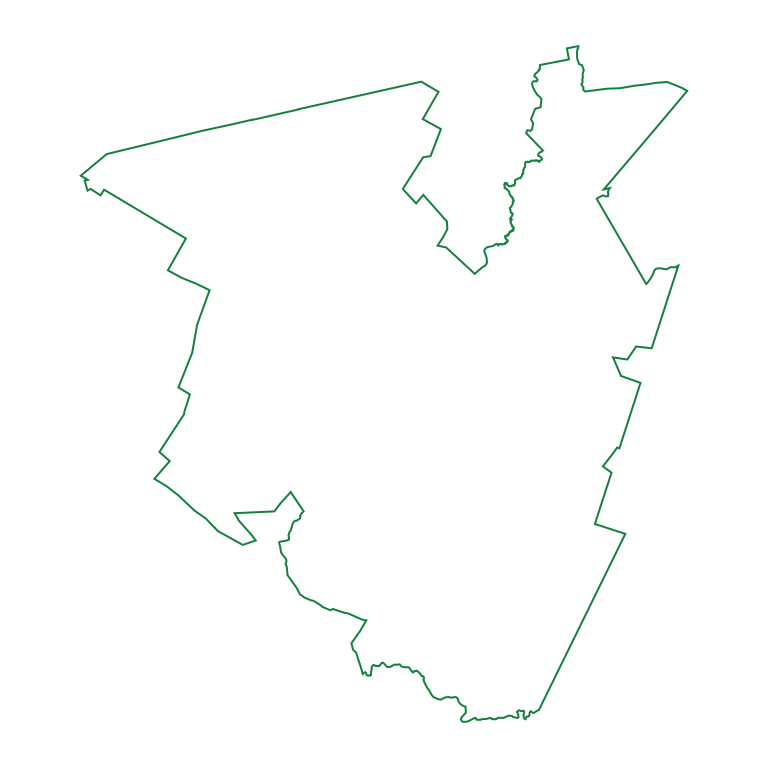 the district of Frances Baard, Northern Cape, South Africa
{"feature_id": "47623444B47551800403987", "entity_name": "Frances Baard", "entity_type": "district", "adm_level": 2, "iso_a3": "ZAF", "parent_name": "South Africa", "parent_adm1": "Northern Cape", "projection": "orthographic", "projection_center": [24.486, -28.328], "detail": "fine", "context": "isolated", "style": "outline", "palette": "green", "viewbox_px": 768, "rotation_deg": 0, "n_neighbors": 0, "source": "geoboundaries", "source_scale": "gbopen_adm2", "svg_char_len": 6060}
<svg xmlns="http://www.w3.org/2000/svg" viewBox="0 0 768 768"><path d="M421.3,81.7L299.0,109.1L299.1,109.3L252.0,120.0L252.1,119.7L235.4,123.6L203.6,130.5L106.7,154.1L80.8,175.7L87.7,179.9L84.7,180.6L87.5,190.6L90.6,188.9L100.6,195.4L104.1,189.7L185.9,238.5L167.9,270.3L181.6,277.8L195.9,283.6L209.6,290.2L197.1,324.8L192.2,352.7L178.4,387.5L189.9,394.4L184.3,412.0L184.1,414.2L159.4,452.0L169.7,461.1L154.4,478.8L166.8,486.4L178.3,495.3L194.5,510.6L205.8,518.5L217.9,531.1L242.8,544.9L255.7,540.5L252.1,535.6L239.1,520.9L234.6,513.2L274.3,511.4L280.5,503.3L290.7,492.0L303.6,511.3L301.4,513.6L300.0,515.8L300.3,516.8L300.1,518.3L296.9,520.6L294.8,520.9L293.6,522.0L292.8,523.2L291.1,529.5L290.6,530.8L289.5,532.0L289.1,533.3L288.5,535.6L289.1,538.6L288.9,539.6L286.6,540.6L279.9,541.8L279.2,542.3L279.2,543.8L280.0,545.6L281.1,552.5L282.6,555.0L285.7,558.4L286.4,560.2L286.3,562.3L285.5,563.5L286.9,567.3L287.5,575.1L296.8,588.1L300.0,594.4L304.6,597.7L311.6,600.5L313.3,600.7L320.9,605.4L322.2,606.8L330.2,610.2L332.9,609.0L344.2,612.7L348.4,613.5L361.5,619.4L364.3,620.2L366.3,620.4L360.1,631.0L351.4,643.3L353.0,649.4L353.4,650.3L356.0,652.4L360.6,666.5L362.7,673.9L363.9,672.7L365.4,672.2L366.1,672.9L366.5,674.6L367.5,675.6L368.4,675.7L369.3,675.2L370.4,675.6L371.0,674.8L371.0,672.0L371.7,669.3L371.6,667.4L372.9,665.2L373.7,664.8L375.8,666.0L378.8,666.1L379.6,665.6L381.7,663.0L382.5,662.6L383.6,663.1L386.8,666.6L387.8,667.1L390.8,666.7L394.2,664.6L396.5,664.8L399.6,664.3L401.6,666.6L405.5,667.3L408.0,667.2L408.9,667.5L412.9,672.5L413.8,672.0L414.7,670.9L416.1,671.1L416.7,670.8L417.2,670.9L420.3,673.8L421.6,676.0L423.2,676.4L423.6,676.8L424.0,677.9L423.5,679.6L424.4,682.5L427.3,687.9L429.3,690.6L431.4,694.6L433.4,697.0L437.9,699.1L440.2,699.6L441.2,699.4L444.7,697.6L447.0,697.1L449.2,697.1L451.1,697.7L455.3,697.0L456.5,697.4L457.7,698.6L458.4,701.4L460.4,704.0L462.6,705.6L465.6,706.7L465.5,708.0L465.9,711.7L465.6,713.0L462.2,716.5L460.9,718.9L461.5,720.7L463.0,721.9L465.0,721.9L468.2,721.3L474.8,717.9L475.9,718.2L476.5,719.6L477.0,719.8L480.3,719.8L482.6,719.1L485.7,719.0L489.7,718.1L491.0,718.1L491.3,718.6L492.6,719.2L493.5,719.0L494.5,719.4L496.0,719.1L498.7,717.7L503.5,717.9L508.1,715.9L510.4,715.7L512.0,716.0L513.0,716.9L517.7,718.0L518.4,717.4L518.5,715.6L517.0,712.0L518.2,710.6L519.1,710.3L521.2,711.2L523.0,710.7L523.9,711.0L524.2,712.2L523.6,714.1L523.6,716.7L524.4,718.7L525.5,719.2L526.3,717.0L526.8,716.6L528.3,716.6L529.2,715.6L529.5,715.0L529.5,713.0L530.4,711.3L531.0,711.3L531.8,712.1L533.5,713.1L537.6,710.5L538.8,710.2L625.3,533.9L594.9,524.0L611.5,472.7L602.9,466.4L613.4,452.9L617.2,447.5L619.4,448.3L640.5,382.9L621.1,376.0L613.0,357.4L627.3,359.5L636.2,346.5L651.7,348.3L678.3,265.6L675.0,267.4L670.7,267.1L666.4,269.4L660.4,268.3L657.9,268.3L655.7,269.0L654.1,270.9L652.9,274.5L649.9,279.5L647.1,283.3L646.2,284.0L596.7,198.8L598.9,197.3L603.2,195.3L605.7,196.4L608.1,196.1L608.2,193.7L609.1,194.2L607.9,193.1L608.0,191.7L608.8,189.4L609.8,188.1L603.8,189.4L653.8,130.6L687.2,90.9L681.8,87.8L667.3,82.0L656.4,82.8L644.1,84.7L635.2,85.6L620.1,88.2L607.2,88.7L585.1,91.5L583.3,89.8L583.1,89.2L583.5,88.0L583.4,87.4L581.4,84.6L581.4,84.1L582.2,83.2L582.5,82.2L582.6,81.1L582.1,79.8L582.8,78.2L582.7,73.5L583.8,70.2L582.1,65.4L579.2,64.1L577.4,59.3L576.9,56.2L577.2,54.2L576.8,52.5L577.5,49.0L578.2,48.2L578.3,46.1L566.9,48.4L569.0,59.4L540.1,65.0L539.8,65.5L540.0,66.2L539.8,67.8L539.9,69.1L539.3,69.3L538.8,70.5L538.3,70.7L537.4,72.2L535.5,73.6L534.3,75.1L534.5,76.1L536.9,78.5L537.5,79.6L537.5,80.5L536.4,81.4L535.5,81.1L534.9,81.4L534.1,81.2L532.7,81.8L532.0,83.8L533.0,87.5L535.5,92.2L537.5,95.0L539.9,97.0L541.4,99.1L540.6,107.2L535.1,108.9L531.0,119.3L533.2,123.2L532.1,129.3L530.5,130.9L527.4,130.2L526.1,133.1L542.9,150.5L542.3,150.8L541.9,151.5L539.4,152.6L538.2,154.4L538.3,155.6L538.6,155.5L538.8,156.0L541.1,157.2L541.8,158.7L541.8,159.6L539.5,160.9L539.5,161.6L539.2,161.9L538.5,161.4L538.5,160.9L537.2,160.7L536.9,160.3L536.3,160.7L535.4,160.3L534.9,160.8L534.2,160.9L533.8,160.6L531.4,160.6L531.2,160.9L530.8,160.9L530.7,161.5L528.7,162.1L527.9,162.1L527.7,161.7L525.9,161.9L525.1,163.2L525.1,166.9L524.5,167.4L523.7,169.7L523.3,169.9L523.6,170.4L523.1,172.0L523.3,173.2L522.6,173.7L522.6,174.2L522.1,174.7L522.2,175.5L520.7,177.4L520.4,178.2L518.9,178.2L515.2,180.0L515.0,181.0L515.1,183.6L514.2,185.4L513.4,185.5L512.9,185.2L511.9,185.9L511.5,185.8L511.3,186.2L509.7,186.3L508.8,186.1L507.3,184.8L507.2,184.1L506.9,184.0L507.1,183.4L506.6,183.0L505.0,182.9L504.7,183.3L504.3,184.5L504.7,184.6L504.5,185.1L504.8,185.9L504.6,188.0L505.9,188.8L506.5,188.7L506.7,189.3L508.9,191.3L509.5,193.4L509.4,194.0L510.3,194.9L511.0,196.6L511.6,196.5L512.4,197.4L512.4,198.1L512.7,198.2L512.8,198.8L513.2,198.9L513.3,200.0L513.7,200.5L513.3,200.9L513.4,201.5L512.7,201.8L512.9,203.6L511.3,206.6L509.9,208.0L510.9,212.6L511.2,213.0L512.7,213.5L512.3,215.4L511.7,215.8L511.5,217.2L510.8,217.6L511.1,218.6L510.8,219.0L510.3,219.0L510.6,219.6L511.3,219.8L510.7,220.1L510.4,220.8L510.8,221.2L510.5,221.7L510.9,222.2L510.8,223.5L511.9,224.8L511.8,225.5L512.0,226.4L513.0,226.5L513.9,228.1L513.3,228.3L513.0,229.4L513.4,230.5L512.8,230.8L512.0,230.4L511.8,230.8L512.1,231.0L511.3,231.5L511.2,231.1L510.8,231.4L510.4,231.3L509.7,231.9L509.8,232.3L509.0,233.8L508.6,233.8L508.8,234.5L508.2,234.7L508.0,235.1L507.1,235.2L507.1,235.6L506.8,235.4L506.1,236.0L505.1,236.2L505.0,237.0L505.4,237.5L505.3,237.8L506.7,239.9L507.6,240.3L507.4,240.9L507.7,241.2L506.8,242.5L506.2,242.5L505.4,243.5L505.1,243.0L504.4,243.9L503.0,244.4L502.3,244.3L501.9,243.9L501.2,244.4L500.2,244.0L499.3,244.1L498.4,245.4L498.1,245.1L498.1,244.6L497.4,244.4L497.1,243.8L495.2,244.4L493.0,246.0L487.9,247.0L486.4,247.7L485.0,248.9L484.4,250.3L484.3,251.5L486.5,257.3L487.0,262.0L486.7,263.5L485.2,265.6L482.2,267.4L474.7,273.8L446.2,247.5L437.6,245.6L443.4,236.7L447.3,229.2L447.0,221.6L423.3,194.9L416.1,203.4L402.8,189.0L423.2,157.2L430.5,156.2L440.9,129.1L422.8,119.1L438.5,91.8L421.3,81.7Z" fill="none" stroke="#15803d" stroke-width="2"/></svg>